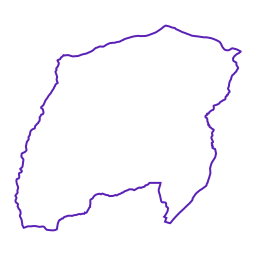 Garagoa, Boyacá, Colombia (Albers equal-area conic projection)
{"feature_id": "7082276B73861688893485", "entity_name": "Garagoa", "entity_type": "district", "adm_level": 2, "iso_a3": "COL", "parent_name": "Colombia", "parent_adm1": "Boyacá", "projection": "albers", "projection_center": [-73.307, 5.088], "detail": "fine", "context": "isolated", "style": "outline", "palette": "violet", "viewbox_px": 256, "rotation_deg": 0, "n_neighbors": 0, "source": "geoboundaries", "source_scale": "gbopen_adm2", "svg_char_len": 5732}
<svg xmlns="http://www.w3.org/2000/svg" viewBox="0 0 256 256"><path d="M189.6,34.7L185.9,33.4L185.2,33.0L182.6,32.2L178.3,30.1L176.1,29.2L174.8,28.0L172.0,27.5L169.2,26.4L166.2,25.7L165.5,25.7L163.7,26.7L162.4,27.9L160.2,29.5L156.6,31.9L155.1,32.7L147.6,35.5L145.2,36.0L139.9,36.1L138.5,35.9L138.2,35.8L134.4,36.3L132.8,36.6L125.4,38.8L124.0,39.3L123.4,39.9L122.2,40.3L119.7,41.6L116.2,42.2L115.0,42.7L112.9,42.8L109.6,43.2L105.9,45.0L104.5,46.1L103.0,46.7L101.2,46.5L99.3,46.6L98.2,47.2L96.0,47.9L95.3,48.3L92.5,50.7L91.2,51.4L86.5,53.5L82.4,54.4L78.1,56.0L72.6,56.4L68.3,55.1L66.9,55.1L64.9,55.5L64.5,55.4L63.9,55.1L63.5,55.2L62.4,56.6L61.0,57.5L60.1,59.2L57.7,60.1L57.5,60.4L57.7,61.0L58.8,63.0L58.8,63.9L57.8,66.4L56.3,68.3L56.2,68.7L56.5,69.8L56.5,70.2L55.6,71.4L55.5,71.8L55.7,72.7L56.4,74.5L57.2,77.0L56.6,79.1L56.7,79.6L56.9,80.9L57.7,82.8L57.6,83.1L56.5,83.6L56.1,84.0L55.4,84.9L55.0,85.6L54.9,86.3L54.4,86.8L53.6,88.7L52.1,90.8L50.9,93.0L48.5,95.9L47.4,97.8L45.4,100.5L43.9,104.2L43.5,104.9L43.1,105.4L41.9,106.5L41.1,107.3L41.1,107.7L41.4,108.2L42.7,109.2L42.9,109.6L43.4,111.7L43.5,112.7L43.3,113.4L43.0,114.0L42.6,114.3L41.4,114.5L40.8,115.4L40.3,116.5L39.6,117.3L39.8,119.3L39.6,120.0L39.6,120.5L39.5,120.9L38.5,122.1L38.2,123.1L37.3,123.6L36.6,124.5L35.4,125.7L35.1,126.3L34.8,128.1L34.6,128.5L32.8,129.1L31.4,130.1L30.5,131.4L30.3,132.0L29.8,135.1L28.6,136.9L28.5,137.3L28.7,138.6L28.6,139.5L28.3,140.0L27.4,141.1L27.0,141.7L26.6,142.9L25.9,146.7L26.5,149.8L26.4,150.5L25.5,151.5L24.7,152.1L22.3,153.2L21.7,153.8L21.6,154.1L21.4,156.8L23.3,159.2L23.4,160.2L23.0,162.8L22.7,165.4L22.4,166.8L21.7,167.7L20.3,168.7L20.3,169.0L20.4,169.4L21.7,170.6L21.8,171.5L21.2,172.3L19.8,172.8L19.3,173.1L18.9,173.9L18.9,174.4L19.3,176.1L19.1,177.8L18.7,178.4L16.9,179.1L16.6,179.5L16.5,179.9L16.4,181.0L16.7,183.1L17.3,185.0L18.0,186.8L18.1,187.4L18.1,188.0L17.4,190.5L17.6,192.7L15.7,195.1L15.4,195.9L16.2,197.0L16.4,197.6L16.4,198.3L15.7,199.9L15.5,200.6L15.7,202.0L16.3,202.7L17.7,203.7L18.0,204.2L17.6,206.4L18.3,207.8L18.6,208.7L19.1,209.1L20.2,210.5L20.5,211.9L20.6,213.8L20.0,215.1L19.9,215.9L20.1,216.7L21.1,218.5L21.5,219.6L22.0,221.8L22.3,224.9L23.4,227.3L23.8,227.8L27.9,226.3L31.3,226.3L34.0,226.0L35.6,226.1L39.8,226.9L41.3,226.6L42.5,226.5L43.5,226.6L44.3,227.0L45.6,228.8L46.9,229.8L47.3,229.9L51.5,230.3L53.8,230.3L55.0,230.1L56.9,229.2L57.8,223.6L58.9,220.8L59.4,220.2L59.7,219.9L60.3,219.9L61.7,218.6L62.9,218.5L63.2,218.3L63.7,217.4L65.3,216.6L66.3,216.5L67.1,216.0L68.0,215.8L70.6,215.7L71.9,215.9L72.5,215.8L73.9,215.2L76.1,215.0L78.8,214.1L79.6,214.0L80.6,214.3L81.2,214.0L82.9,213.7L84.3,213.8L84.5,213.5L84.8,212.6L85.8,212.9L86.6,212.5L87.0,212.0L87.3,211.2L88.0,210.1L89.3,207.6L90.1,207.0L90.1,205.8L90.0,205.5L90.4,204.0L90.3,200.9L90.4,199.9L90.6,199.6L92.3,198.6L92.8,198.1L93.5,196.9L94.4,195.8L95.9,194.7L98.1,194.0L99.0,193.8L99.7,193.8L101.0,194.3L101.5,193.9L102.6,193.6L105.8,194.9L106.7,195.1L108.0,195.1L109.3,196.1L110.0,196.1L110.9,196.0L112.4,196.0L114.4,195.5L115.5,195.0L116.3,195.2L116.8,195.4L118.5,194.4L120.9,193.5L122.2,192.6L122.9,192.6L124.6,191.3L127.9,190.1L129.0,189.4L129.4,189.3L132.5,189.4L133.9,190.1L134.5,190.1L135.4,189.5L138.0,188.0L139.0,187.8L139.2,187.6L139.9,187.5L140.9,187.9L141.2,187.9L142.3,187.2L143.6,187.0L144.7,186.5L144.8,186.1L145.3,185.5L146.1,185.2L147.3,184.9L148.5,184.1L149.0,183.3L149.6,182.9L160.5,182.9L160.1,185.2L159.4,187.0L159.4,187.6L158.8,189.1L158.7,190.0L158.9,192.0L159.9,195.0L161.1,200.7L161.2,201.2L161.9,202.1L162.5,202.3L164.8,202.4L165.6,202.6L166.1,203.5L166.2,206.4L166.5,206.7L167.7,207.5L168.1,208.3L167.9,208.8L167.7,210.7L167.2,212.0L165.0,215.8L164.1,216.8L164.7,217.2L166.4,217.9L165.0,221.7L167.8,222.6L170.0,223.2L170.5,222.9L173.2,219.5L176.0,216.4L179.1,213.2L183.6,209.0L187.7,205.0L189.4,203.5L191.6,201.0L192.2,200.3L192.5,199.4L192.7,198.3L195.4,194.3L196.4,193.1L199.8,190.3L202.2,188.8L206.1,185.9L206.5,185.4L206.7,184.1L207.0,183.4L207.5,182.9L208.2,180.4L209.0,178.2L210.4,173.3L210.1,168.5L210.2,167.7L211.4,163.6L212.2,162.0L215.0,157.6L215.4,156.6L215.8,154.3L216.1,153.8L215.2,149.3L214.9,148.9L213.2,148.4L212.4,147.7L212.5,147.0L212.9,146.5L212.9,146.3L212.1,145.9L211.9,145.5L211.9,145.2L212.3,144.4L211.7,143.3L211.9,142.8L213.0,142.0L212.9,141.4L211.4,138.2L211.4,137.2L211.7,136.6L212.5,135.6L212.4,134.9L212.1,133.9L212.0,133.2L212.4,132.1L213.5,130.8L213.7,130.0L213.6,129.6L213.3,129.4L211.6,128.5L210.8,127.5L209.8,127.1L209.5,126.8L209.4,126.5L209.4,125.3L209.1,125.0L208.6,125.1L208.1,124.7L208.3,123.2L207.5,121.7L207.2,118.7L206.7,118.0L205.8,117.5L205.4,116.9L205.4,116.4L205.6,115.9L205.9,115.5L207.1,114.8L207.1,113.7L207.8,113.5L208.4,113.6L208.9,113.2L209.4,112.1L211.0,110.8L212.1,110.1L213.1,109.9L213.5,109.5L213.9,108.0L213.6,106.5L213.7,105.7L216.8,104.7L218.8,103.8L219.4,103.2L220.0,102.3L220.9,101.7L222.9,100.4L224.9,99.5L225.2,99.2L225.4,98.9L225.6,96.9L225.8,96.6L226.7,96.1L226.8,95.3L227.0,95.0L227.7,94.9L227.9,94.7L228.5,93.0L229.5,92.0L229.6,91.3L228.3,89.4L228.0,88.7L228.2,88.0L228.9,86.2L229.1,84.7L229.2,83.4L229.8,81.3L231.0,79.3L231.4,77.3L232.1,75.7L232.5,75.1L233.9,74.0L234.9,72.7L235.6,72.3L236.1,71.5L236.4,71.3L236.6,70.6L237.0,69.8L237.6,69.2L238.1,68.1L238.1,67.7L236.7,65.5L236.4,64.7L236.4,63.2L236.2,62.5L233.7,61.1L233.3,60.5L233.1,60.0L233.1,58.6L233.0,58.3L234.4,56.2L235.6,55.1L236.7,54.2L239.1,53.0L240.6,51.7L240.6,51.4L237.2,49.6L235.8,49.1L232.5,48.3L231.7,48.5L230.0,49.6L228.6,50.2L227.1,50.3L225.4,50.0L224.2,49.2L222.9,47.6L222.4,46.9L221.0,43.9L219.9,42.2L219.0,41.5L216.1,40.0L212.5,38.6L210.9,38.1L206.5,37.3L203.6,37.3L197.7,36.4L195.0,36.1L193.7,35.9L192.4,35.8L191.6,35.6L189.6,34.7Z" fill="none" stroke="#5b21b6" stroke-width="2"/></svg>